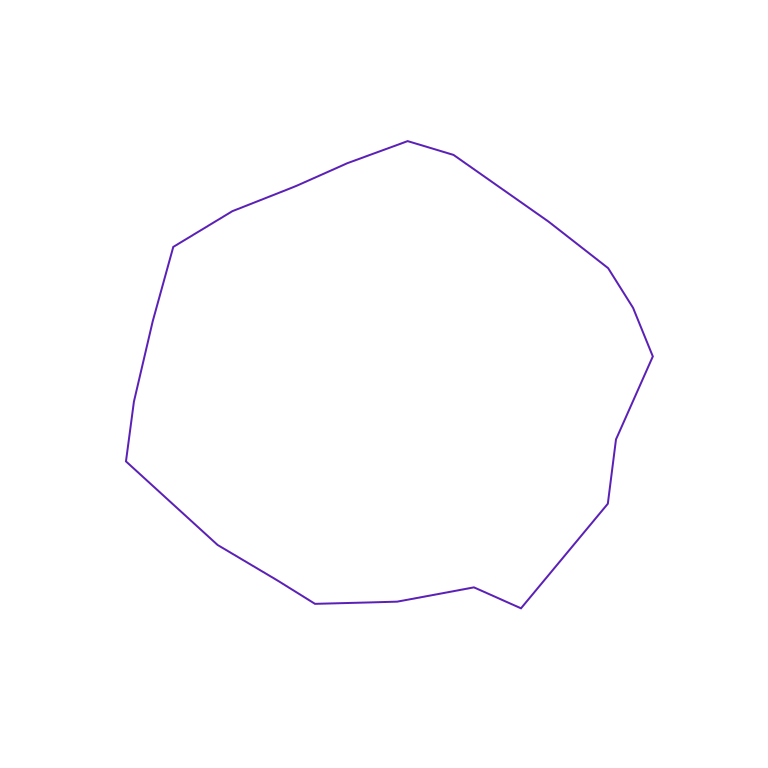 Khankendi City, Stepanakert, Azerbaijan, rotated 127°
{"feature_id": "54616110B15657888815271", "entity_name": "Khankendi City", "entity_type": "district", "adm_level": 2, "iso_a3": "AZE", "parent_name": "Azerbaijan", "parent_adm1": "Stepanakert", "projection": "mercator", "projection_center": [46.797, 39.842], "detail": "fine", "context": "isolated", "style": "outline", "palette": "violet", "viewbox_px": 768, "rotation_deg": 127, "n_neighbors": 0, "source": "geoboundaries", "source_scale": "gbopen_adm2", "svg_char_len": 466}
<svg xmlns="http://www.w3.org/2000/svg" viewBox="0 0 768 768"><g transform="rotate(127 384 384)"><path d="M567.0,263.9L549.9,242.5L492.3,189.8L480.7,139.6L344.9,133.2L288.6,165.4L283.3,166.6L200.2,185.9L173.3,230.9L156.6,274.7L155.3,350.6L159.2,466.3L175.8,511.3L229.6,546.1L278.3,573.1L282.5,575.6L337.2,609.1L401.3,634.8L473.0,606.5L548.6,573.1L601.1,543.5L612.7,420.0L605.0,350.6L601.1,306.8L567.0,263.9Z" fill="none" stroke="#5b21b6" stroke-width="2"/></g></svg>